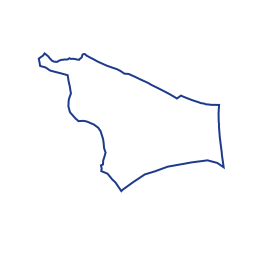 outline of Shubra Al-Khayma 1, Al Qalyubiyah, Egypt, rotated 282°
{"feature_id": "37247803B87868406017087", "entity_name": "Shubra Al-Khayma 1", "entity_type": "district", "adm_level": 2, "iso_a3": "EGY", "parent_name": "Egypt", "parent_adm1": "Al Qalyubiyah", "projection": "mercator", "projection_center": [31.255, 30.132], "detail": "fine", "context": "isolated", "style": "outline", "palette": "blue", "viewbox_px": 256, "rotation_deg": 282, "n_neighbors": 0, "source": "geoboundaries", "source_scale": "gbopen_adm2", "svg_char_len": 1942}
<svg xmlns="http://www.w3.org/2000/svg" viewBox="0 0 256 256"><g transform="rotate(282 128 128)"><path d="M150.3,216.4L152.4,215.6L157.7,214.3L157.9,214.3L160.0,213.8L161.3,213.5L162.2,213.4L165.3,212.9L167.9,212.5L169.5,212.3L168.0,204.8L167.7,201.6L167.4,199.3L167.7,197.3L167.5,193.8L167.8,192.4L168.6,184.9L169.4,179.8L170.3,174.7L170.7,173.1L167.0,169.7L167.7,167.9L167.9,167.2L169.7,161.9L172.1,153.3L173.6,147.6L175.0,141.9L176.2,138.6L178.1,130.0L179.6,123.9L181.0,117.4L180.4,113.2L182.2,108.8L183.2,105.2L183.8,100.1L184.5,94.5L186.5,85.3L187.1,83.1L187.8,80.9L189.1,76.1L190.3,72.1L191.2,70.9L191.2,69.5L190.6,68.5L189.6,68.1L187.8,68.1L186.8,67.6L185.6,66.5L184.6,66.1L184.5,65.1L184.4,64.0L184.4,62.9L184.4,61.5L184.3,60.1L184.0,58.9L183.7,57.7L184.1,56.2L182.8,55.1L182.2,53.8L181.9,51.8L181.2,50.1L180.8,48.6L179.4,46.4L178.0,45.1L177.7,43.4L177.5,42.1L178.0,39.7L180.2,36.6L181.5,35.1L182.7,32.8L183.6,30.9L181.2,29.9L179.6,28.4L177.3,26.3L175.7,27.0L174.3,27.6L173.0,28.1L172.0,28.5L170.4,29.2L170.1,34.7L168.0,39.9L167.7,46.3L167.5,51.5L167.1,58.0L161.4,60.2L158.7,61.4L156.7,62.4L153.2,63.7L149.9,65.0L148.0,64.7L143.9,64.2L141.6,64.4L140.4,64.6L136.8,65.2L132.2,67.5L131.0,68.4L129.7,70.2L128.5,71.8L126.2,74.9L125.2,76.9L124.4,78.1L125.7,82.7L125.8,85.3L125.6,87.5L124.9,90.8L124.3,94.0L123.2,96.3L122.1,98.8L119.1,101.9L116.1,103.6L113.1,105.3L111.3,106.2L107.9,107.4L104.9,108.3L103.8,108.6L102.5,109.3L99.2,111.2L94.7,110.9L91.0,110.5L87.1,111.1L85.8,109.3L82.9,110.7L81.7,110.7L80.3,110.8L80.0,112.3L79.8,113.4L79.5,115.1L79.0,117.6L77.6,119.3L76.1,121.2L74.4,123.3L73.4,125.0L72.1,127.1L64.9,134.6L66.3,135.4L75.9,144.1L86.1,154.1L91.3,163.5L98.4,174.8L103.0,186.1L104.3,189.4L107.6,197.4L112.9,212.5L112.4,222.6L109.5,229.7L111.2,229.1L114.8,227.8L115.6,227.5L117.5,226.8L120.5,225.7L121.4,225.4L123.8,224.7L129.4,222.7L138.1,219.7L148.5,216.6L150.3,216.4Z" fill="none" stroke="#1e3a8a" stroke-width="2"/></g></svg>